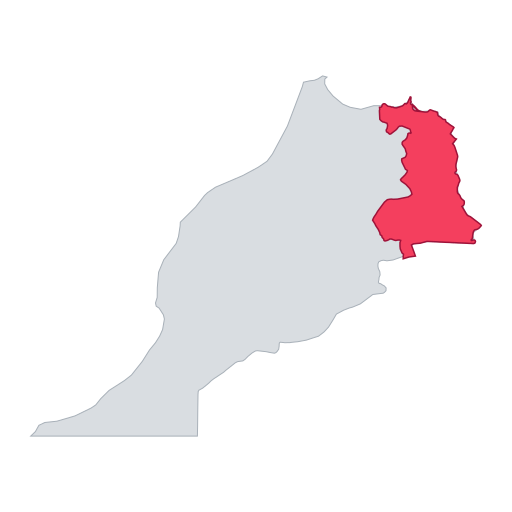 location of Oriental within Morocco
{"feature_id": "MAR-1454", "entity_name": "Oriental", "entity_type": "Region", "adm_level": 1, "iso_a3": "MAR", "parent_name": "Morocco", "parent_adm1": "", "projection": "robinson", "projection_center": [-2.611, 33.589], "detail": "fine", "context": "in_parent", "style": "filled", "palette": "rose", "viewbox_px": 512, "rotation_deg": 0, "n_neighbors": 0, "source": "natural_earth", "source_scale": "10m", "svg_char_len": 6248}
<svg xmlns="http://www.w3.org/2000/svg" viewBox="0 0 512 512"><path d="M35.4,431.6L38.9,425.3L44.8,422.5L56.9,421.2L75.0,415.9L91.2,408.0L95.8,404.9L100.8,398.6L109.1,390.4L124.4,380.6L131.4,375.1L142.3,361.4L149.5,350.0L155.5,342.7L159.6,336.2L162.6,329.6L164.4,319.0L163.4,314.8L159.1,308.1L156.2,306.2L155.5,303.0L157.2,297.4L157.3,287.7L158.6,272.2L163.8,259.7L176.2,243.4L178.5,236.6L180.1,226.0L180.3,222.2L195.6,207.0L204.6,195.4L207.7,192.5L215.5,187.2L242.7,175.6L258.1,167.3L267.0,161.3L272.4,154.1L287.4,126.1L302.3,86.7L303.5,82.2L309.9,80.8L314.4,80.3L318.1,78.8L322.6,75.9L327.0,77.1L324.8,79.1L324.7,83.9L327.7,89.6L333.0,96.0L342.7,104.1L350.2,107.3L361.0,109.3L373.7,105.7L380.7,105.7L384.2,104.1L387.9,106.4L395.0,107.1L401.8,105.9L407.0,102.5L410.3,98.6L410.8,100.5L411.0,102.6L412.0,103.8L414.0,108.8L415.1,110.8L419.0,110.4L422.5,111.4L430.2,110.9L437.6,111.8L438.7,115.0L440.8,117.6L448.5,123.5L453.0,127.1L453.2,128.4L451.7,131.4L451.1,133.4L452.3,135.6L455.1,138.3L455.3,139.6L454.7,141.0L453.2,143.9L456.3,152.2L456.9,160.3L456.1,166.1L456.1,169.4L456.5,172.3L459.2,178.8L457.5,189.6L459.5,195.5L462.2,200.3L463.7,208.9L465.9,212.9L469.5,216.5L471.6,217.7L475.5,220.6L478.4,223.1L480.1,226.7L476.5,229.7L473.7,232.4L472.9,235.3L474.2,240.0L474.2,242.5L472.4,243.3L465.0,243.0L459.2,242.8L452.6,242.6L443.2,242.1L437.3,241.8L429.4,241.5L426.6,241.7L419.3,243.0L414.1,243.9L413.3,244.1L411.7,245.3L410.6,248.7L409.6,252.6L408.5,254.4L393.0,260.0L386.9,260.8L383.4,260.2L380.9,260.7L378.7,261.9L378.0,263.7L377.9,266.0L378.3,268.4L379.8,271.7L380.1,275.0L379.1,277.3L378.9,279.6L378.4,282.1L379.2,283.5L380.7,283.7L382.2,284.8L384.3,285.9L386.1,287.9L386.0,290.7L384.5,292.3L383.2,293.2L377.4,293.9L372.8,294.5L366.7,299.1L360.3,303.9L352.6,307.1L349.3,308.0L343.4,310.3L336.4,314.1L332.9,320.1L328.5,327.1L324.2,331.8L318.5,336.2L313.1,337.9L306.4,340.1L297.9,341.7L291.9,342.3L290.1,342.6L284.8,342.7L282.2,342.4L280.3,342.2L279.5,342.7L279.2,343.8L279.1,346.3L278.7,349.2L277.0,351.6L275.8,352.7L274.4,353.2L270.0,352.5L266.3,351.7L257.4,350.7L255.7,350.9L255.0,351.2L252.2,352.9L247.9,356.4L245.0,359.4L242.8,360.9L237.7,361.6L235.4,362.7L225.8,370.3L223.7,372.2L213.7,378.8L210.9,381.0L208.7,383.2L202.7,388.1L198.9,390.2L198.2,391.5L198.0,394.5L197.9,401.1L197.8,407.5L197.7,416.7L197.6,425.9L197.4,436.1L30.7,436.1L35.4,431.6Z" fill="#d9dde1" stroke="#a8b0b8" stroke-width="1"/><path d="M411.2,102.0L410.5,102.7L410.6,103.9L411.4,104.7L412.5,104.3L413.0,105.0L412.6,105.4L412.5,106.1L412.4,106.8L412.6,108.2L412.7,108.8L413.1,109.3L413.6,109.9L414.5,110.6L415.8,111.0L418.4,111.3L416.8,110.0L414.1,106.9L413.5,105.9L413.7,105.6L414.2,106.0L416.0,107.9L416.2,108.3L418.0,110.1L419.5,111.0L421.4,111.6L425.1,112.1L426.8,112.0L427.7,111.8L428.3,111.4L429.0,110.6L429.7,110.0L430.5,109.8L433.9,111.1L434.7,111.3L435.6,111.5L436.6,112.1L437.5,112.4L437.6,114.1L437.9,115.3L438.6,116.2L439.7,116.6L441.0,117.5L442.2,118.6L443.4,119.4L445.0,119.5L445.5,119.9L445.6,120.4L445.7,121.0L445.8,121.6L446.3,122.2L448.3,123.4L449.5,124.5L453.3,126.9L454.0,127.6L453.9,127.9L453.4,128.3L452.5,130.2L450.6,133.2L450.3,133.9L454.7,138.4L456.0,138.8L456.4,139.0L452.6,143.7L454.0,145.3L454.9,147.3L457.5,155.3L457.6,155.9L457.7,156.5L457.6,157.3L455.9,164.4L455.8,166.4L456.2,168.6L456.6,169.8L456.5,170.3L456.3,171.0L455.9,171.4L455.5,171.8L455.1,172.2L454.9,172.9L455.2,173.6L455.7,174.0L457.0,174.4L457.6,174.9L458.0,175.4L459.7,179.4L459.9,180.8L459.4,182.0L458.9,182.8L458.2,185.2L457.7,186.3L457.3,187.4L457.3,191.7L457.7,193.2L459.5,195.0L460.2,196.2L460.7,197.6L461.4,198.6L462.4,199.5L463.4,200.3L464.1,200.9L464.3,201.8L464.3,202.8L464.2,203.8L464.1,204.2L463.9,204.6L463.7,205.0L463.5,205.3L461.9,206.4L466.9,214.8L468.1,215.8L470.4,216.7L480.7,224.6L481.3,225.6L479.2,228.0L478.0,228.9L476.6,229.5L475.1,229.7L474.5,230.0L473.9,230.8L473.5,231.6L473.0,233.1L472.5,237.1L472.4,237.7L472.4,238.0L472.4,238.4L472.1,238.8L471.9,239.1L471.3,239.6L471.2,239.8L471.3,240.5L471.9,240.6L473.3,240.0L474.0,240.0L474.8,240.2L475.3,240.8L475.5,241.7L474.8,243.2L473.4,243.6L470.6,243.4L470.3,243.4L469.4,243.4L468.0,243.3L466.2,243.2L464.0,243.1L461.4,243.0L458.6,242.9L455.6,242.7L452.4,242.6L449.2,242.4L446.0,242.3L442.8,242.1L439.8,242.0L436.9,241.8L434.3,241.7L431.9,241.6L426.9,241.4L420.3,243.2L413.5,243.8L411.4,245.0L413.9,251.8L415.4,256.1L409.0,257.0L403.2,258.8L403.2,256.4L403.5,254.2L402.1,253.1L400.3,249.0L400.0,246.2L400.0,242.6L400.7,240.4L399.3,240.0L397.5,240.1L395.8,240.5L394.2,240.1L393.0,239.6L391.2,239.0L389.7,239.1L388.7,239.8L387.1,240.5L385.0,241.0L384.0,240.5L383.6,238.9L382.2,237.5L381.7,235.7L380.2,234.7L379.7,232.5L378.2,229.3L375.8,225.7L374.8,223.6L372.6,220.2L373.3,218.4L374.1,216.9L375.9,214.3L377.7,211.2L384.4,202.2L387.3,199.7L389.2,199.3L391.2,199.1L393.4,199.3L397.5,199.1L408.0,197.0L410.0,195.9L411.9,194.3L411.4,191.9L409.8,188.6L405.9,184.4L401.4,181.2L400.5,179.8L401.2,178.7L405.1,174.9L407.0,172.2L407.4,170.6L406.7,170.0L405.5,169.3L402.1,162.3L401.6,160.1L401.8,158.8L405.2,157.3L406.2,155.7L406.7,153.6L405.8,151.1L405.2,148.7L403.0,145.6L402.1,144.1L402.2,142.9L402.2,142.4L402.5,141.9L403.0,141.3L405.7,139.5L405.9,139.2L406.0,138.8L406.2,138.5L406.6,138.3L406.7,138.2L406.8,137.8L406.9,137.7L407.8,134.8L407.8,133.9L408.4,133.3L409.3,133.0L410.1,133.1L410.7,133.3L411.1,132.8L410.7,131.9L410.5,131.1L410.3,130.0L409.8,129.1L402.1,126.0L399.4,126.2L398.1,127.3L397.3,128.5L396.0,129.9L390.7,134.0L389.5,134.1L387.7,132.4L386.6,131.9L386.3,131.0L386.2,130.1L386.5,129.3L387.1,128.6L387.2,127.7L387.5,126.4L387.6,125.2L387.1,123.3L384.2,122.2L382.7,121.9L380.9,120.6L379.8,119.3L379.4,110.7L379.7,109.2L379.5,107.6L379.5,107.3L380.7,107.2L381.6,106.8L381.9,106.0L382.2,104.9L383.0,104.0L383.9,103.7L384.9,103.8L385.6,104.3L387.1,105.6L387.9,106.2L390.6,106.6L391.5,107.1L392.0,107.2L392.4,107.1L392.8,107.1L393.2,107.2L393.9,107.6L394.3,107.7L396.2,107.9L397.7,107.5L402.2,106.0L403.0,105.5L404.6,103.8L405.0,103.5L405.3,103.5L405.7,103.7L406.1,103.9L406.5,103.8L407.7,102.6L409.1,99.2L410.0,97.9L409.9,97.4L410.1,97.0L410.5,96.9L410.9,97.1L411.0,97.5L410.8,98.2L411.0,98.8L410.6,100.1L411.1,101.8L411.2,102.0L411.2,102.0Z" fill="#f43f5e" stroke="#9f1239" stroke-width="1.5"/></svg>